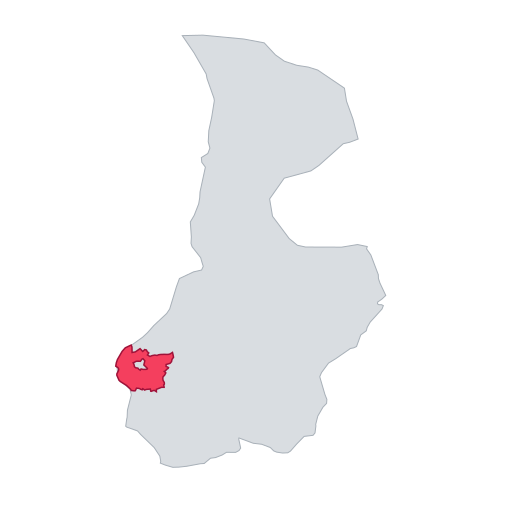 location of Daugavpils within Latvia, rotated 94°
{"feature_id": "LVA-1081", "entity_name": "Daugavpils", "entity_type": "Municipality", "adm_level": 1, "iso_a3": "LVA", "parent_name": "Latvia", "parent_adm1": "", "projection": "mercator", "projection_center": [26.626, 55.932], "detail": "fine", "context": "in_parent", "style": "filled", "palette": "rose", "viewbox_px": 512, "rotation_deg": 94, "n_neighbors": 0, "source": "natural_earth", "source_scale": "10m", "svg_char_len": 3255}
<svg xmlns="http://www.w3.org/2000/svg" viewBox="0 0 512 512"><g transform="rotate(94 256 256)"><path d="M375.6,388.1L372.6,387.6L364.0,384.2L356.8,379.2L352.5,372.6L345.0,363.5L340.1,358.9L332.4,353.0L319.6,341.1L314.9,338.4L292.1,333.2L283.8,330.8L276.2,317.2L273.8,309.3L270.0,307.9L265.9,309.5L261.5,311.1L251.2,320.4L247.9,321.7L241.5,321.8L226.6,323.9L219.8,320.5L208.0,316.8L201.7,316.2L196.0,316.3L170.9,312.7L166.3,316.6L161.6,317.4L157.1,311.2L151.6,309.5L145.4,311.6L134.2,311.8L120.8,309.9L103.9,308.4L101.4,309.0L82.5,317.2L77.9,318.4L57.5,332.1L41.3,344.9L39.4,324.4L40.4,283.3L42.8,262.7L54.0,250.7L59.7,241.3L62.9,228.7L63.9,217.0L66.2,207.4L82.4,179.5L95.3,176.5L112.7,168.8L132.2,162.3L136.0,170.5L137.9,176.8L161.3,199.6L167.3,207.2L176.4,233.3L198.1,246.4L215.2,242.3L222.6,235.9L236.3,224.1L242.4,215.5L243.6,207.1L241.2,171.2L237.5,155.5L238.8,145.7L241.2,146.2L247.0,141.5L266.1,132.7L269.9,132.3L274.3,130.5L286.3,123.8L290.2,127.4L293.4,131.4L295.2,131.5L296.0,130.0L295.8,127.4L296.6,125.5L300.1,126.6L314.0,137.5L319.4,140.1L323.0,140.8L327.4,146.0L339.3,149.4L340.8,152.1L341.7,155.4L352.8,169.2L357.8,176.2L367.7,182.5L372.0,184.0L389.3,177.6L394.1,175.3L398.1,175.3L402.2,178.7L411.4,183.2L419.8,184.7L421.4,184.4L428.4,184.8L430.9,186.6L432.6,195.4L440.7,202.3L448.2,208.0L450.1,210.6L450.7,215.7L450.2,221.7L449.2,224.7L446.1,228.3L443.4,237.2L443.0,245.7L438.7,260.3L439.7,260.5L448.7,257.9L451.3,259.4L453.3,262.6L453.9,271.8L456.9,275.9L459.9,282.3L460.9,287.3L466.6,293.2L467.1,297.0L470.6,310.5L472.0,318.3L472.6,324.3L470.9,331.9L469.3,337.0L467.5,336.7L462.3,338.0L454.2,344.2L442.0,358.7L438.8,361.9L435.7,373.0L434.9,374.1L427.8,373.6L425.9,373.3L418.8,373.5L403.3,370.7L397.3,372.5L389.4,383.7L386.4,385.3L377.2,386.8L375.6,388.1Z" fill="#d9dde1" stroke="#a8b0b8" stroke-width="1"/><path d="M375.7,388.2L372.3,387.9L368.9,387.0L360.5,382.9L356.7,380.0L353.5,374.3L355.4,373.4L357.4,373.2L360.9,372.9L360.1,369.7L356.5,365.2L359.1,362.4L358.1,361.3L357.1,360.6L357.4,358.8L359.0,357.8L360.2,356.2L362.3,357.4L363.6,354.8L362.6,352.7L361.9,350.1L362.1,347.7L361.4,346.5L360.9,344.5L360.7,342.4L360.5,340.8L360.4,337.9L360.2,336.3L359.7,334.9L358.0,332.6L360.1,331.9L362.8,331.2L365.0,332.6L367.3,332.9L369.1,334.3L370.5,338.1L372.5,338.0L372.7,337.1L373.4,335.5L374.3,335.8L374.6,336.4L376.6,338.2L377.3,338.9L377.5,339.4L378.9,337.8L381.3,338.9L382.1,339.6L383.2,340.4L385.0,340.4L386.6,340.0L388.5,338.7L389.5,338.5L390.3,338.5L391.0,339.1L392.4,338.7L393.4,338.5L393.6,341.1L396.0,346.1L398.3,345.9L397.2,348.0L397.3,348.7L397.6,349.5L398.3,351.0L398.2,351.6L396.1,352.1L396.7,356.0L397.0,356.7L397.5,357.8L396.8,358.7L396.3,359.7L397.4,360.2L396.9,362.0L396.4,362.8L396.2,364.0L396.2,366.0L398.8,367.0L399.0,368.0L399.0,369.1L398.9,369.8L398.9,371.0L397.6,371.9L394.1,376.2L390.7,382.6L389.5,384.0L384.7,386.5L383.3,386.6L380.1,385.3L378.4,385.1L377.0,385.9L375.7,388.2ZM371.1,371.1L372.0,370.5L373.4,369.9L374.9,369.6L375.9,368.2L376.1,366.0L377.0,365.2L377.5,364.4L378.0,363.5L376.7,362.8L377.0,360.7L376.8,358.2L376.6,356.9L375.7,356.5L372.5,360.3L368.3,359.6L366.3,361.6L366.9,362.6L369.1,364.0L369.2,366.6L369.4,368.2L370.3,369.6L371.1,371.1Z" fill="#f43f5e" stroke="#9f1239" stroke-width="1.5"/></g></svg>